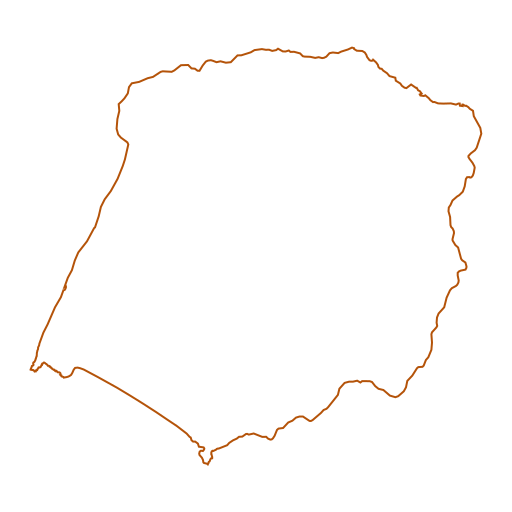 outline of Kwamouth, Bandundu, Democratic Republic of the Congo
{"feature_id": "63176286B12311619160810", "entity_name": "Kwamouth", "entity_type": "district", "adm_level": 2, "iso_a3": "COD", "parent_name": "Democratic Republic of the Congo", "parent_adm1": "Bandundu", "projection": "robinson", "projection_center": [16.578, -3.619], "detail": "fine", "context": "isolated", "style": "outline", "palette": "amber", "viewbox_px": 512, "rotation_deg": 0, "n_neighbors": 0, "source": "geoboundaries", "source_scale": "gbopen_adm2", "svg_char_len": 5813}
<svg xmlns="http://www.w3.org/2000/svg" viewBox="0 0 512 512"><path d="M474.3,166.1L472.5,162.8L469.5,158.9L468.4,157.0L468.5,155.9L470.8,153.4L475.0,150.2L476.7,147.7L481.3,133.7L480.3,127.9L473.8,116.2L473.0,110.8L469.7,108.7L468.4,107.2L466.1,105.7L465.2,105.9L462.9,104.5L462.4,104.6L462.6,106.1L459.9,105.7L459.7,103.5L458.5,103.5L456.0,104.6L450.9,103.4L443.4,103.6L438.1,103.4L434.5,102.0L433.0,102.1L430.3,100.1L428.8,98.2L425.3,95.3L423.9,96.0L420.4,95.5L419.8,94.4L421.6,93.5L419.9,91.2L418.1,90.3L416.7,87.8L416.0,87.9L411.1,84.5L406.4,88.1L404.5,87.7L401.9,85.8L400.3,83.5L395.8,80.7L395.3,77.7L389.5,76.1L387.0,73.2L383.2,70.6L381.7,68.8L380.0,68.6L378.4,66.9L377.9,64.9L376.6,63.1L376.1,62.4L373.1,59.7L372.6,60.6L371.1,60.8L369.5,60.2L367.1,57.0L366.3,54.8L364.8,52.5L362.3,51.0L356.8,50.7L354.1,49.0L354.0,48.2L352.0,47.6L347.9,49.5L341.2,51.6L338.2,53.1L332.9,52.5L331.3,52.8L329.5,53.2L326.3,56.7L324.0,57.8L322.1,58.1L318.7,57.2L315.2,57.9L310.2,56.8L304.6,56.6L302.8,56.2L300.1,53.4L294.1,51.8L290.4,51.9L288.8,50.5L285.6,51.5L282.8,51.4L278.0,48.7L276.2,50.1L272.2,50.9L269.0,49.7L265.9,49.8L261.9,49.1L254.5,50.1L250.8,52.3L247.7,53.3L241.3,55.3L237.5,55.4L230.8,62.2L225.9,62.7L220.5,61.3L216.5,62.2L213.2,60.9L210.9,60.2L207.9,60.6L205.8,61.6L202.7,65.5L199.5,70.8L197.5,70.7L194.9,68.7L191.5,68.4L188.2,65.0L181.0,65.2L174.4,70.4L171.7,71.8L162.7,71.3L160.6,71.9L153.0,76.9L147.7,78.2L139.1,81.9L131.8,83.3L129.0,87.1L127.8,93.4L124.4,98.4L121.7,101.3L118.7,104.1L119.3,110.9L117.4,119.0L116.6,128.7L118.2,134.5L120.9,137.6L127.4,142.4L128.3,144.5L124.9,159.5L122.8,165.9L117.6,178.8L110.8,191.1L104.7,199.3L100.9,206.9L98.7,216.3L95.0,227.4L94.1,228.1L87.0,241.3L78.3,252.4L74.8,260.5L71.9,270.2L67.8,277.8L64.5,287.0L65.8,286.2L66.0,287.0L65.5,288.6L64.7,289.9L63.6,290.3L63.6,289.7L60.9,297.2L55.0,307.3L47.6,324.4L43.4,332.6L39.4,343.6L39.1,345.4L38.1,347.4L38.1,348.4L38.0,349.2L37.7,349.9L37.3,350.8L37.3,351.2L36.9,352.8L36.8,354.1L36.8,355.1L36.7,355.7L36.5,356.2L36.6,356.5L36.3,357.0L36.1,357.5L36.0,358.2L35.8,358.6L35.5,359.2L35.6,359.5L35.4,360.0L34.6,361.6L34.3,362.0L33.6,362.3L33.3,362.7L33.2,363.3L33.2,363.9L33.4,364.2L33.5,364.8L33.3,365.3L32.7,365.7L31.9,366.0L31.6,367.1L30.7,369.2L30.9,369.3L30.8,369.7L31.5,369.8L32.2,370.1L32.7,369.9L33.4,370.1L33.9,370.5L34.3,371.2L34.6,371.6L34.8,371.6L35.3,371.3L35.8,371.3L35.8,371.1L36.1,370.6L36.0,370.4L36.2,370.1L36.6,370.0L37.2,370.1L37.4,369.6L37.4,369.2L37.6,369.0L38.3,368.3L38.5,368.0L38.4,367.8L38.4,367.6L38.6,367.4L39.0,367.4L39.4,367.4L40.1,367.3L40.5,367.2L40.6,366.9L40.7,366.6L41.0,366.2L41.3,365.6L41.6,365.3L41.9,365.2L42.0,365.1L42.0,364.8L41.8,364.7L41.7,364.6L41.8,364.3L41.9,364.1L42.1,363.9L42.2,363.7L42.4,363.7L42.6,363.8L42.8,363.5L43.0,363.2L43.4,362.9L43.7,362.8L43.9,362.5L44.1,362.5L44.3,362.7L44.8,362.9L45.3,363.3L45.8,363.8L46.1,363.9L46.4,364.0L47.4,365.0L47.8,365.7L47.9,365.8L48.6,365.8L49.0,365.9L49.6,366.1L49.7,366.4L49.7,366.7L49.9,366.7L50.2,366.7L50.4,366.8L50.5,367.2L50.5,367.4L50.7,367.6L51.0,367.6L51.3,367.7L51.4,368.0L51.9,368.4L52.0,368.7L52.1,368.8L52.3,368.8L52.5,368.8L52.8,369.2L53.8,369.9L54.1,370.0L54.5,369.8L54.7,370.1L54.8,370.5L55.1,370.9L55.9,370.8L56.2,370.8L56.3,371.1L56.3,371.4L56.6,371.4L56.9,371.3L57.2,371.5L57.6,372.1L57.8,372.3L58.3,372.3L59.0,372.3L59.5,372.4L59.8,372.6L60.0,372.9L60.1,373.0L60.3,373.1L60.4,373.4L60.4,373.8L60.5,373.9L60.5,374.8L60.3,374.9L60.4,375.0L60.5,375.1L61.0,375.2L61.4,375.4L61.4,375.5L61.4,376.0L61.4,376.3L61.5,376.4L63.5,377.0L63.8,377.6L66.6,377.1L68.3,376.6L69.5,376.0L71.1,374.9L72.3,372.9L73.7,369.7L75.1,367.9L77.6,367.6L80.1,368.2L83.7,369.5L88.0,371.8L98.1,377.2L117.0,387.7L130.6,395.9L142.8,403.5L156.0,412.0L166.5,419.1L176.8,426.0L186.7,433.6L189.6,436.9L190.7,437.5L191.5,440.2L193.1,441.6L195.2,441.6L197.9,443.6L198.9,446.7L203.6,447.4L204.3,448.4L204.1,449.5L202.9,451.0L201.0,450.7L199.7,451.6L199.2,453.5L199.5,455.0L201.9,457.7L203.0,460.0L203.4,462.4L204.0,463.0L207.0,463.7L207.8,464.4L207.9,464.2L208.2,463.5L208.5,463.1L208.5,462.5L208.8,461.9L209.6,461.4L209.9,460.6L210.2,459.7L210.5,459.1L210.9,458.5L211.4,458.3L212.0,458.4L212.2,458.2L212.2,457.7L212.2,457.0L212.0,456.3L211.8,455.6L211.7,455.1L211.5,454.4L211.2,454.0L211.3,453.7L211.4,453.2L211.3,452.5L211.8,451.3L212.1,451.2L212.5,450.8L213.0,451.0L213.5,450.9L214.4,450.4L215.4,450.0L216.1,449.6L216.8,448.9L218.1,448.5L218.6,448.6L227.2,445.2L229.2,442.9L233.1,440.3L236.8,438.6L239.0,436.8L242.3,436.6L246.0,434.0L247.2,433.9L248.8,434.6L253.7,433.5L262.3,436.9L266.2,436.8L268.0,438.6L270.3,439.6L271.7,439.4L272.9,438.4L274.6,435.8L277.0,429.9L278.5,428.6L283.1,428.0L288.2,422.5L292.4,420.7L296.0,417.6L299.6,416.5L302.9,416.5L309.5,420.9L310.9,421.0L312.6,420.1L321.0,412.9L323.6,410.0L326.5,408.8L328.1,407.2L337.9,394.9L339.4,388.7L344.6,382.9L346.0,382.5L349.0,381.7L352.8,381.7L357.2,380.7L360.4,382.5L362.2,381.1L369.7,381.2L372.0,382.0L375.2,386.1L378.5,388.8L383.4,390.0L389.9,395.6L395.4,397.2L398.2,396.2L403.8,391.3L406.0,387.3L407.3,380.9L412.3,375.6L417.0,368.2L418.3,367.1L422.5,366.8L423.7,365.6L425.9,360.0L428.3,357.3L431.4,349.8L432.0,342.6L431.4,334.2L432.0,332.3L436.4,327.4L437.2,325.9L436.6,322.7L437.0,317.5L438.6,313.5L444.2,307.3L446.6,297.7L450.0,290.3L451.8,288.2L455.9,286.0L457.2,284.8L458.4,282.5L458.7,280.5L457.7,275.5L457.7,272.8L459.0,271.4L460.8,270.6L465.5,269.6L466.4,267.8L466.5,266.4L465.4,262.5L462.2,260.3L461.1,258.8L458.1,247.5L455.3,245.0L452.6,240.5L452.5,239.2L454.0,233.1L453.8,231.1L452.6,228.5L451.2,227.1L450.5,225.2L450.1,217.0L448.5,211.3L448.8,207.5L450.5,205.0L452.5,200.5L457.1,196.5L459.2,195.2L462.8,191.7L464.7,186.4L465.9,179.0L467.1,177.2L469.5,177.1L470.1,177.6L471.4,177.3L472.8,175.6L473.7,173.0L474.7,167.7L474.3,166.1Z" fill="none" stroke="#b45309" stroke-width="2"/></svg>